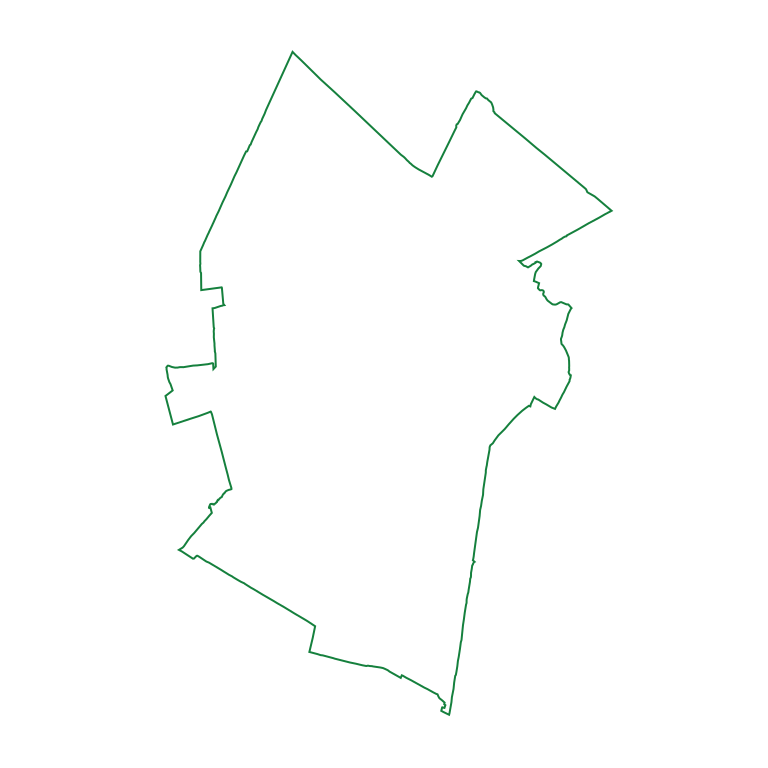 Punghina, Mehedinti, Romania (Robinson projection), rotated 93°
{"feature_id": "2599482B36454738033803", "entity_name": "Punghina", "entity_type": "district", "adm_level": 2, "iso_a3": "ROU", "parent_name": "Romania", "parent_adm1": "Mehedinti", "projection": "robinson", "projection_center": [22.945, 44.308], "detail": "fine", "context": "isolated", "style": "outline", "palette": "green", "viewbox_px": 768, "rotation_deg": 93, "n_neighbors": 0, "source": "geoboundaries", "source_scale": "gbopen_adm2", "svg_char_len": 6129}
<svg xmlns="http://www.w3.org/2000/svg" viewBox="0 0 768 768"><g transform="rotate(93 384 384)"><path d="M568.3,564.7L565.6,562.3L565.3,561.8L565.3,561.3L566.2,559.5L570.6,552.1L571.5,549.5L578.2,536.8L579.9,533.8L580.8,532.1L582.6,528.9L584.1,525.6L584.9,524.4L587.6,519.3L589.1,516.3L590.4,513.0L590.9,512.4L594.4,506.2L595.6,503.7L601.0,493.6L606.5,482.8L608.3,479.5L612.1,472.0L617.8,461.5L624.4,448.8L629.5,440.1L641.3,441.9L655.5,444.5L657.2,436.3L658.1,433.0L658.2,431.0L660.5,420.0L660.8,419.1L663.9,403.4L664.8,397.4L666.0,391.0L666.5,387.3L666.5,386.6L666.1,385.3L666.4,383.3L666.4,381.2L666.6,380.3L667.3,372.8L667.7,370.2L668.3,368.5L669.6,365.3L670.9,363.4L676.6,351.9L674.0,351.0L674.3,350.0L675.3,348.1L676.2,346.4L678.3,341.7L685.1,327.8L686.3,324.9L689.3,318.8L690.7,315.7L691.1,314.3L693.2,313.3L694.9,312.2L696.8,309.5L699.0,306.8L700.6,307.1L701.5,305.9L704.3,306.7L704.2,307.5L703.8,308.6L703.9,309.0L707.4,309.7L708.4,307.6L710.9,301.7L709.6,301.4L698.2,300.0L693.2,299.8L684.9,298.6L678.4,298.3L671.7,297.6L670.7,297.0L667.6,296.6L662.0,296.0L656.7,295.7L652.6,295.1L644.7,294.3L638.4,293.8L637.6,293.7L635.6,293.2L620.8,292.5L614.8,291.9L608.2,291.4L599.9,290.5L598.9,290.2L598.0,290.1L595.4,290.2L594.0,290.1L589.5,289.4L587.7,288.9L585.1,288.7L577.0,287.8L573.9,287.7L572.7,287.2L572.0,287.1L570.1,287.1L568.1,287.2L564.2,286.7L560.5,286.4L559.7,285.8L558.7,285.6L557.4,284.9L556.9,284.5L556.8,284.3L555.4,286.0L554.0,285.7L551.4,285.4L548.2,285.2L526.9,283.4L522.6,282.6L510.8,281.6L504.7,281.4L500.8,280.7L495.4,280.2L489.5,279.3L484.0,279.3L467.2,277.7L464.8,277.8L461.1,277.3L460.2,277.1L456.6,276.8L444.2,275.2L441.5,275.2L440.3,274.8L439.7,274.6L437.5,272.2L434.6,270.6L429.3,267.1L422.7,261.1L417.7,257.3L412.0,252.7L408.0,249.1L403.4,244.5L400.4,241.0L398.2,238.2L398.7,236.7L396.5,236.3L389.1,233.2L390.0,232.2L390.8,231.1L391.3,230.0L391.4,229.2L394.3,224.2L395.9,220.8L398.7,215.5L399.9,211.9L397.5,210.9L393.4,208.7L391.4,207.9L388.4,206.5L385.2,205.2L382.8,203.9L377.0,201.5L371.6,198.9L371.1,198.8L370.1,198.9L369.0,198.4L367.5,198.1L365.5,197.9L365.3,198.4L365.3,198.7L365.0,199.0L364.3,199.3L364.0,199.7L363.7,199.7L362.8,200.2L362.0,200.2L360.9,199.8L358.7,199.9L358.0,200.0L356.3,200.0L351.0,200.4L350.2,200.6L348.2,200.8L347.2,201.1L341.1,204.0L337.8,206.0L336.1,207.3L335.6,207.9L334.7,208.8L333.8,209.0L332.9,209.1L330.3,209.6L329.6,209.6L327.4,208.9L326.1,208.6L323.4,208.4L320.4,207.8L317.9,206.9L315.1,206.3L310.9,204.9L304.3,203.6L299.3,201.4L298.4,200.7L295.0,204.0L294.9,204.3L294.9,206.0L293.0,211.2L293.1,211.9L293.2,212.4L295.2,215.5L295.6,216.4L295.8,217.4L295.7,218.8L295.7,219.5L295.3,220.4L292.2,224.9L291.1,225.9L288.4,227.6L287.2,229.3L285.8,229.8L283.8,229.2L283.0,229.4L282.4,229.9L282.1,230.5L282.0,231.5L282.3,232.9L282.0,233.5L280.5,235.1L280.2,235.3L279.2,235.2L275.2,234.4L273.8,238.1L273.4,239.7L272.1,239.6L266.2,238.8L264.3,238.3L260.6,235.9L258.1,233.7L256.3,233.3L255.8,233.3L255.4,233.6L254.6,234.6L253.7,237.6L254.2,238.1L254.2,238.7L254.5,239.2L255.1,239.1L256.5,241.3L256.7,242.0L258.2,243.6L260.0,246.3L258.9,248.6L258.8,249.5L258.5,250.6L254.1,255.5L254.1,254.8L254.0,253.9L253.4,252.2L250.2,247.0L248.9,244.7L246.0,239.9L243.4,236.0L239.1,228.6L235.9,223.5L232.5,218.4L230.8,216.1L229.7,214.3L228.3,212.6L227.2,210.7L227.1,210.3L227.1,209.9L226.9,209.5L226.1,209.2L219.7,198.7L212.7,187.9L206.6,177.8L203.0,172.3L199.1,165.8L187.8,180.5L185.6,183.5L181.9,190.9L179.0,192.4L178.2,193.3L154.4,225.0L146.4,235.7L140.4,244.0L132.0,255.0L107.8,287.6L107.0,287.8L105.9,289.0L104.2,289.1L102.1,289.5L99.1,290.7L97.2,291.7L95.0,294.7L93.5,296.1L93.4,297.3L92.5,298.8L90.4,301.6L88.4,303.2L87.9,303.9L87.8,304.8L87.0,306.7L87.1,307.1L87.0,307.3L87.7,307.8L90.1,309.0L91.3,309.5L93.8,310.6L94.5,311.9L98.7,313.8L101.4,315.3L104.4,316.5L110.6,319.7L116.4,321.9L120.5,324.1L120.9,325.0L122.3,325.4L123.9,325.2L128.0,327.0L139.6,331.9L162.6,341.8L173.9,346.4L174.5,347.1L172.9,350.0L167.9,360.6L165.8,364.4L164.2,366.9L162.5,368.9L161.9,369.9L160.9,370.8L159.3,372.8L157.4,374.7L156.2,376.1L154.1,379.2L112.8,427.6L95.3,448.4L83.2,463.2L65.1,483.6L60.1,489.5L57.1,492.7L116.7,516.2L120.2,517.3L125.6,519.5L127.1,519.9L128.2,520.3L128.8,520.8L131.9,522.1L134.2,523.0L136.1,523.5L139.0,524.8L149.3,528.9L151.9,529.7L152.5,530.5L158.8,532.8L159.0,533.9L163.2,535.7L180.3,542.4L184.4,544.2L192.7,547.3L200.7,550.6L205.1,552.2L211.0,554.7L220.0,558.1L225.1,560.3L226.3,560.7L232.5,563.1L233.4,563.5L234.3,563.8L241.1,566.6L242.5,567.1L244.0,567.8L250.6,570.3L251.8,570.9L254.7,571.9L261.1,574.4L271.7,573.9L273.2,573.7L274.0,573.7L274.8,573.9L277.5,573.6L281.1,573.3L281.8,573.1L282.7,572.5L299.8,571.4L296.0,551.2L296.5,550.9L312.2,548.7L312.9,548.2L313.6,547.6L313.8,548.8L314.2,549.5L314.7,551.3L317.0,557.1L317.4,559.2L335.5,557.1L336.3,557.0L337.3,556.5L338.0,556.7L340.4,556.8L342.8,556.5L346.2,556.4L352.5,555.4L354.4,555.3L359.8,554.6L360.0,554.7L362.3,554.0L375.4,552.9L378.0,555.1L372.5,555.7L372.3,556.1L372.2,556.6L373.4,560.8L375.2,571.6L375.6,575.5L377.7,585.2L377.8,588.5L378.4,591.0L378.6,593.5L378.1,596.7L377.0,600.0L377.1,601.0L378.8,602.2L379.2,602.0L380.8,601.9L386.2,600.6L388.3,600.3L389.7,599.9L393.4,598.4L395.3,597.2L401.5,594.7L407.4,601.6L435.5,592.6L429.0,575.9L425.8,567.4L422.0,558.5L420.6,555.6L420.8,555.4L423.3,554.2L443.3,548.1L460.2,542.5L475.8,537.6L482.6,535.4L488.0,533.8L496.0,530.9L497.0,530.9L497.5,532.2L497.9,533.6L499.0,535.8L499.6,536.5L500.1,536.8L501.6,537.8L501.6,538.1L502.6,538.9L503.4,539.3L505.5,540.2L505.8,540.9L506.6,541.8L507.4,542.4L508.3,543.4L508.5,543.4L508.4,543.8L509.0,544.2L509.4,544.2L509.7,544.5L510.7,544.7L511.0,545.3L511.8,545.8L512.4,546.4L512.6,547.4L512.8,547.7L513.3,547.7L513.3,548.0L513.0,548.5L513.0,549.3L512.7,549.5L512.9,550.8L513.3,551.3L515.9,552.2L516.2,552.1L516.4,551.9L516.5,552.0L516.6,552.3L516.8,552.3L517.0,551.9L516.9,551.6L516.5,550.9L521.7,549.2L524.7,551.6L528.2,554.2L530.5,556.2L531.8,557.0L533.3,558.6L542.7,565.7L546.1,568.7L549.9,571.3L556.5,575.3L557.9,576.5L560.4,580.1L561.8,577.1L568.4,565.7L568.3,564.7Z" fill="none" stroke="#15803d" stroke-width="2"/></g></svg>